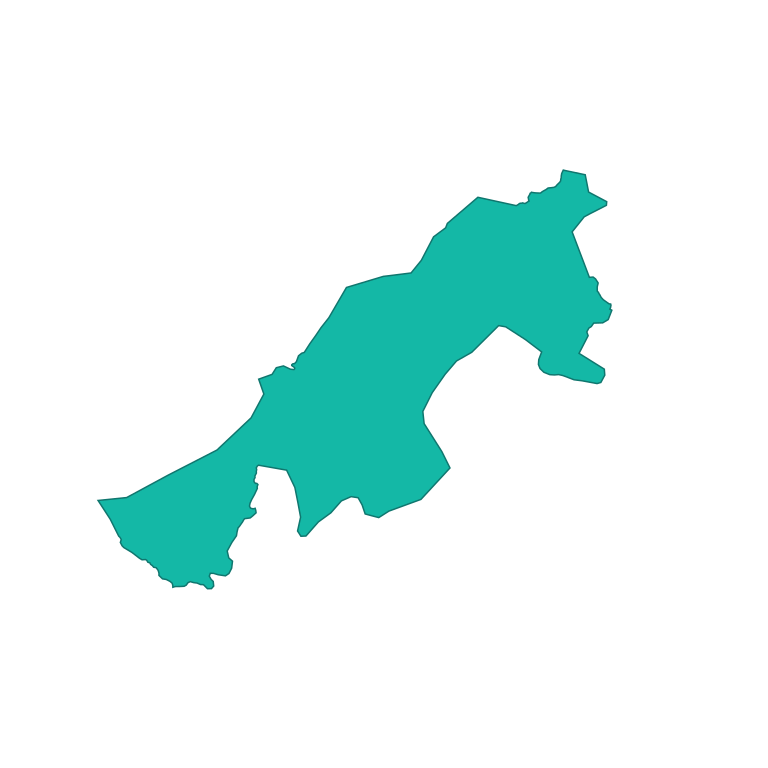 outline of Mopti, Mopti, Mali, rotated 211°
{"feature_id": "8926073B6997954969747", "entity_name": "Mopti", "entity_type": "district", "adm_level": 2, "iso_a3": "MLI", "parent_name": "Mali", "parent_adm1": "Mopti", "projection": "natural_earth1", "projection_center": [-4.123, 14.758], "detail": "fine", "context": "isolated", "style": "filled", "palette": "teal", "viewbox_px": 768, "rotation_deg": 211, "n_neighbors": 0, "source": "geoboundaries", "source_scale": "gbopen_adm2", "svg_char_len": 3363}
<svg xmlns="http://www.w3.org/2000/svg" viewBox="0 0 768 768"><g transform="rotate(211 384 384)"><path d="M493.9,323.6L481.8,313.5L480.5,286.5L493.2,241.3L522.2,194.5L546.1,154.1L569.1,136.9L549.0,127.1L533.1,117.0L531.1,116.5L529.1,115.3L528.4,112.4L525.1,110.4L522.8,109.8L513.4,109.8L503.9,108.7L500.9,108.7L498.0,110.7L496.6,110.7L494.6,109.6L492.5,110.1L491.2,109.2L488.9,109.0L487.1,108.3L484.6,109.2L481.6,107.9L479.5,106.0L478.3,104.0L476.1,103.5L473.5,102.9L470.0,104.3L465.7,104.6L462.9,104.1L461.2,102.4L460.3,101.0L458.7,102.8L454.2,105.6L451.1,107.7L449.9,109.8L449.7,112.7L448.3,114.8L444.9,115.7L441.7,117.1L438.0,117.6L435.4,119.0L429.9,117.6L426.5,119.7L425.9,123.1L428.7,126.8L431.6,127.5L434.8,129.3L435.4,132.3L432.6,133.9L427.9,135.1L421.1,137.9L419.3,141.7L419.7,147.6L422.6,154.1L427.5,155.0L432.4,160.1L432.8,169.9L432.3,177.9L433.8,181.6L435.0,185.5L434.6,187.4L434.2,193.2L434.2,193.6L434.3,194.5L434.2,196.7L432.7,197.9L429.7,200.3L429.4,201.1L428.6,203.3L427.3,207.7L428.9,209.7L430.0,210.7L430.4,211.1L431.0,210.5L431.9,209.6L434.5,208.8L436.4,210.0L437.4,212.7L437.9,216.8L438.1,222.6L438.8,229.3L439.4,230.0L439.8,230.6L440.0,231.4L440.3,232.9L441.9,233.3L442.9,232.6L443.0,232.6L445.1,233.3L446.3,235.3L446.3,237.3L447.3,238.7L447.5,241.9L448.3,243.1L448.6,243.6L449.0,245.0L450.3,246.3L450.3,248.6L450.1,249.0L449.7,249.8L423.1,260.0L407.1,249.4L397.0,238.3L386.9,226.9L382.4,213.5L376.8,210.7L372.6,213.5L369.2,232.0L363.2,246.2L360.3,261.9L354.2,270.5L347.6,273.2L340.5,269.1L333.2,262.9L326.5,264.8L319.7,266.8L314.3,277.6L292.9,304.1L284.2,346.0L299.5,355.8L329.2,370.7L336.6,380.5L338.2,401.4L336.6,423.9L333.7,441.1L325.1,456.4L315.8,493.1L309.1,495.7L285.5,494.9L265.4,492.7L263.9,484.6L261.7,480.3L258.2,477.6L253.0,476.4L246.7,477.4L242.5,479.6L239.2,482.0L235.3,483.3L231.3,484.1L226.6,484.9L223.3,485.5L215.8,488.8L201.6,494.1L198.9,497.0L199.3,505.3L202.8,510.2L232.6,510.7L233.9,530.5L237.0,533.1L237.2,537.4L235.9,540.0L235.6,544.2L228.0,549.1L225.0,554.7L226.7,564.6L229.0,564.5L229.1,566.0L230.0,568.4L230.9,569.3L231.2,569.1L232.0,568.8L232.6,568.6L239.5,569.2L242.5,570.1L244.9,571.6L245.5,571.9L246.1,572.1L246.6,572.4L247.3,573.0L249.0,573.4L251.2,577.0L251.7,578.4L251.9,579.2L252.5,580.9L256.0,582.6L256.5,582.9L256.7,583.0L259.1,583.3L259.6,583.4L260.1,583.2L261.2,582.4L262.9,581.2L301.1,611.3L298.5,630.4L295.3,635.8L285.4,651.7L287.0,655.0L307.5,653.9L313.6,660.7L319.3,667.0L338.3,660.4L340.5,659.7L340.1,655.9L339.2,653.6L338.3,652.0L338.0,650.7L337.2,649.0L337.3,647.4L338.2,644.0L338.6,641.6L339.3,640.6L339.5,640.2L341.5,638.6L344.3,636.5L345.4,633.8L346.0,632.9L347.5,630.2L347.9,628.9L348.4,628.1L352.1,626.1L353.3,625.5L356.0,624.4L356.4,624.3L356.6,623.2L357.0,622.6L356.7,622.0L356.7,621.2L356.6,618.3L355.8,617.4L355.3,616.8L353.9,615.5L354.4,614.9L354.5,614.3L355.0,613.3L356.0,611.4L357.2,610.9L358.4,610.7L358.7,610.2L360.3,609.1L360.9,608.4L361.4,606.9L362.5,605.0L399.7,592.4L412.4,554.3L411.6,549.6L417.3,535.7L415.7,509.2L418.0,493.1L435.2,479.6L440.0,475.9L456.0,458.3L465.9,447.4L465.4,412.4L467.0,399.8L467.5,390.3L468.3,380.3L468.6,370.0L470.4,368.0L471.8,364.2L470.6,358.0L471.2,355.4L472.5,354.4L473.0,353.1L472.6,352.3L469.1,352.0L468.4,351.1L468.6,350.0L471.8,348.5L479.5,347.7L484.7,342.5L484.9,334.6L493.9,323.6Z" fill="#14b8a6" stroke="#0f766e" stroke-width="1.5"/></g></svg>